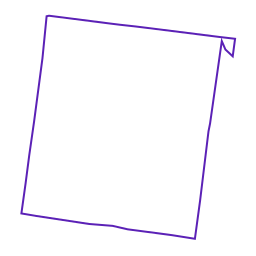 Boone, Arkansas, United States of America, rotated 7°
{"feature_id": "52423323B14663422134470", "entity_name": "Boone", "entity_type": "district", "adm_level": 2, "iso_a3": "USA", "parent_name": "United States of America", "parent_adm1": "Arkansas", "projection": "natural_earth1", "projection_center": [-93.068, 36.306], "detail": "fine", "context": "isolated", "style": "outline", "palette": "violet", "viewbox_px": 256, "rotation_deg": 7, "n_neighbors": 0, "source": "geoboundaries", "source_scale": "gbopen_adm2", "svg_char_len": 498}
<svg xmlns="http://www.w3.org/2000/svg" viewBox="0 0 256 256"><g transform="rotate(7 128 128)"><path d="M207.9,229.8L208.4,191.5L208.3,121.5L208.9,113.7L210.5,30.3L215.1,38.2L223.2,44.1L223.4,26.4L206.4,26.5L206.2,26.5L131.9,26.3L131.5,26.3L123.7,26.3L123.1,26.3L107.4,26.5L96.6,26.5L37.0,26.2L35.9,26.2L33.6,27.0L34.6,69.2L34.0,133.1L33.3,167.1L33.1,195.6L32.6,225.8L47.8,226.5L101.2,228.0L124.6,227.0L140.0,228.6L184.8,229.0L207.9,229.8Z" fill="none" stroke="#5b21b6" stroke-width="2"/></g></svg>